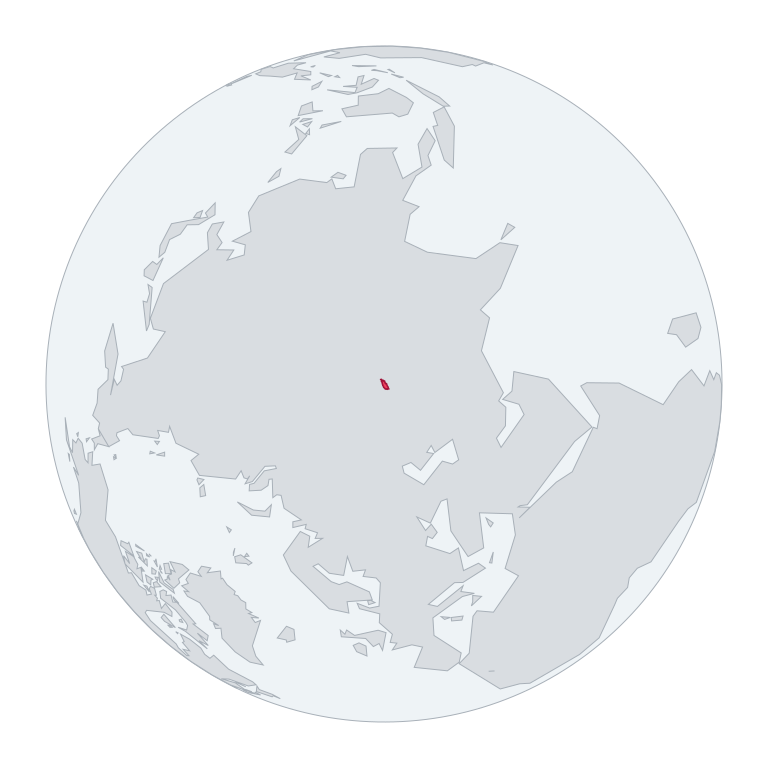 Talas highlighted on a globe, orthographic projection, rotated 233°
{"feature_id": "KGZ-1121", "entity_name": "Talas", "entity_type": "Region", "adm_level": 1, "iso_a3": "KGZ", "parent_name": "Kyrgyzstan", "parent_adm1": "", "projection": "orthographic", "projection_center": [72.41, 42.447], "detail": "fine", "context": "on_globe", "style": "filled", "palette": "rose", "viewbox_px": 768, "rotation_deg": 233, "n_neighbors": 0, "source": "natural_earth", "source_scale": "10m", "svg_char_len": 12586}
<svg xmlns="http://www.w3.org/2000/svg" viewBox="0 0 768 768"><g transform="rotate(233 384 384)"><circle cx="384" cy="384" r="338" fill="#eef3f6" stroke="#a8b0b8"/><path d="M452.4,53.1L450.2,52.8L443.5,51.4L442.3,51.5L450.7,53.6L456.5,55.2L463.6,64.5L488.6,80.6L504.6,86.0L494.8,85.2L530.5,96.8L549.3,109.3L523.1,95.1L516.6,93.9L526.8,101.9L522.3,102.5L524.7,107.1L518.4,107.3L503.6,99.9L499.2,100.2L506.8,106.0L505.2,110.6L494.8,101.8L491.0,109.1L465.5,99.9L442.8,79.5L423.6,77.6L386.9,66.1L385.2,68.7L370.3,67.1L362.7,69.8L358.1,67.7L356.1,71.8L361.8,73.3L362.8,75.8L358.9,77.8L352.3,75.1L353.3,73.8L349.3,74.1L347.7,72.0L346.3,74.2L338.7,71.2L340.3,77.2L329.4,77.4L326.0,74.7L334.0,71.0L346.1,58.2L345.1,55.7L335.6,55.1L301.4,61.6L297.1,61.0L285.7,63.1L284.4,64.7L293.0,63.9L287.9,68.2L298.9,67.5L298.5,69.4L306.7,71.0L297.1,75.2L283.3,78.8L276.0,78.1L269.7,79.9L269.9,84.8L249.7,88.3L225.1,99.9L220.8,100.8L224.5,93.9L241.6,82.6L246.5,76.7L234.8,85.4L224.2,88.8L218.9,91.7L214.6,94.8L215.3,95.7L209.9,98.3L219.4,89.8L224.4,87.3L221.4,89.8L229.3,84.8L235.7,80.5L229.8,83.3L232.6,81.9L255.4,71.5L278.9,62.8L303.1,55.9L327.6,50.8L352.5,47.6L377.6,46.1L402.6,46.6L427.6,48.9L452.4,53.1ZM459.8,56.0L451.3,53.7L445.4,51.9L453.0,53.6L459.8,56.0ZM470.3,61.4L465.1,60.0L466.9,58.9L469.3,60.0L470.3,61.4ZM517.1,90.3L511.1,86.4L518.5,90.0L517.1,90.3ZM526.1,107.7L529.3,108.7L529.2,110.7L526.1,107.7ZM311.5,68.6L309.1,69.8L308.8,68.9L311.5,68.6ZM317.2,68.4L318.5,66.6L321.4,66.3L320.6,67.4L317.2,68.4ZM519.5,113.1L518.3,116.4L516.9,111.7L519.5,113.1ZM315.0,70.8L326.5,65.9L331.6,65.5L332.6,69.6L315.0,70.8ZM516.0,117.4L513.5,126.1L520.2,128.9L499.6,126.5L508.6,119.5L505.8,113.1L511.2,117.1L516.0,117.4ZM365.3,73.0L359.1,71.5L367.9,71.1L365.3,73.0ZM370.7,72.3L396.3,68.9L403.6,72.7L393.6,72.8L405.9,76.8L396.8,80.2L388.0,78.8L385.1,75.5L383.9,79.5L370.7,72.3ZM488.7,124.2L485.8,125.5L486.0,122.8L488.7,124.2ZM363.9,76.8L368.5,75.6L375.1,78.7L367.2,81.8L367.6,79.8L363.9,76.8ZM413.6,76.5L417.1,79.7L410.7,83.2L411.2,85.0L397.2,80.7L413.6,76.5ZM364.1,80.1L363.1,83.4L356.4,83.9L360.0,78.3L364.1,80.1ZM380.1,78.3L382.9,80.0L378.8,80.0L380.1,78.3ZM332.1,88.2L337.4,86.2L341.3,87.5L332.1,88.2ZM363.1,84.7L365.4,84.5L367.6,85.0L365.5,87.3L363.1,84.7ZM393.7,83.7L390.3,84.7L399.1,85.6L394.7,88.7L386.2,85.4L388.0,88.2L386.7,89.2L381.2,85.5L393.7,83.7ZM369.9,91.1L357.5,88.7L346.8,92.0L343.1,90.7L360.9,85.8L369.9,91.1ZM377.0,88.0L371.7,89.6L369.7,87.0L372.1,84.4L377.0,88.0ZM394.8,92.2L403.8,88.2L405.3,89.1L394.8,92.2ZM367.2,92.5L370.2,93.1L366.7,93.0L367.2,92.5ZM386.8,92.7L389.7,91.1L391.4,92.1L386.8,92.7ZM373.8,95.9L369.9,94.9L371.3,93.0L373.8,95.9ZM380.1,94.8L381.7,96.7L374.2,92.9L381.1,93.9L380.1,94.8ZM387.9,94.0L389.9,94.1L386.4,94.5L387.9,94.0ZM370.6,104.1L360.8,99.8L364.1,95.3L373.1,100.0L370.6,104.1ZM153.4,631.0L150.8,628.5L131.1,607.5L101.5,562.2L101.4,551.6L97.1,536.7L81.3,490.2L84.4,475.4L81.6,463.2L74.9,456.1L72.4,441.4L68.9,435.4L51.8,403.0L50.3,377.4L57.2,320.5L62.9,312.0L70.5,293.3L115.4,275.7L117.7,290.0L144.9,315.3L146.9,321.8L135.9,334.1L149.9,376.0L163.8,369.7L184.4,398.1L203.1,408.4L223.7,382.7L193.1,365.0L195.6,347.3L226.4,349.0L254.3,365.2L256.1,358.9L245.0,337.3L258.1,330.2L242.0,329.0L243.6,337.4L233.5,337.2L231.4,329.6L236.1,327.1L229.6,320.0L208.9,334.6L208.3,344.8L187.1,335.2L184.0,351.6L175.9,354.2L178.0,327.6L182.9,320.8L181.3,286.8L174.2,292.8L175.3,325.8L172.0,320.5L162.4,330.2L167.1,318.7L167.8,282.3L153.1,272.6L122.8,283.8L116.6,276.7L116.8,262.0L139.5,237.6L150.7,256.5L158.9,249.3L166.6,230.6L169.3,238.3L173.9,233.4L179.1,240.1L196.2,236.6L203.0,242.3L219.3,229.2L225.0,230.6L213.7,237.7L209.5,246.3L227.5,261.5L233.8,261.0L242.9,251.5L246.7,257.4L253.2,246.4L268.2,250.9L255.4,236.6L265.8,226.4L280.0,223.3L281.1,217.6L257.9,222.9L250.8,227.5L248.3,235.3L226.8,247.2L218.6,244.7L232.4,223.5L222.2,218.1L237.4,205.0L290.6,197.1L308.0,200.7L316.6,228.4L307.1,233.1L299.2,225.2L297.7,242.1L302.1,236.1L305.2,241.4L315.9,233.9L318.7,237.4L324.2,224.8L328.8,228.3L325.2,236.2L344.9,229.4L357.0,234.8L360.1,231.7L360.1,226.8L375.4,237.6L377.1,234.8L372.7,230.2L373.1,222.0L379.8,212.0L384.7,216.2L382.9,220.4L386.7,236.1L381.3,247.2L384.0,248.0L389.9,239.4L385.3,220.2L387.9,213.0L391.5,221.5L390.4,217.8L393.3,215.7L400.7,217.7L397.4,208.3L422.1,181.6L439.0,183.8L439.4,193.8L461.9,182.2L479.2,187.3L475.1,182.8L483.1,175.3L477.8,173.5L476.4,170.9L494.6,152.9L502.6,152.6L505.8,141.4L503.7,139.2L497.9,138.7L499.6,126.5L520.2,128.9L524.0,133.4L534.3,132.5L541.4,143.4L551.9,152.5L553.6,166.1L561.8,172.8L565.0,171.8L578.5,180.8L595.6,204.2L568.0,189.6L539.7,158.9L550.0,171.4L543.6,170.1L544.8,175.8L552.5,184.9L555.9,184.9L547.1,210.7L557.4,240.8L566.7,232.9L577.1,237.0L596.9,268.3L597.1,324.8L611.1,334.0L615.1,343.2L609.8,353.6L603.9,340.4L594.4,339.8L591.8,331.3L581.4,344.7L577.3,333.1L571.2,350.0L578.6,357.0L589.3,348.9L585.8,369.5L602.6,379.0L609.6,397.2L598.4,440.0L579.3,459.5L579.2,465.8L569.0,462.9L559.4,478.8L581.5,503.4L582.2,512.4L564.7,536.4L563.7,530.2L536.7,522.6L534.4,544.9L555.0,555.5L562.1,572.1L547.5,571.3L540.0,556.6L530.4,553.4L531.0,534.8L519.4,509.5L504.5,518.7L503.8,507.0L485.5,486.3L463.1,498.0L428.8,532.9L427.1,561.6L413.9,574.4L390.4,534.5L385.2,505.6L373.3,508.1L351.9,481.8L305.2,474.1L301.5,465.4L292.1,467.3L277.5,455.8L273.1,441.2L262.9,439.3L275.3,477.5L286.6,479.6L300.3,469.5L301.3,481.9L315.8,495.2L288.9,518.3L224.5,524.2L223.4,501.6L201.3,425.8L204.9,419.6L205.0,418.7L205.1,417.1L197.7,426.4L195.7,411.4L201.9,462.6L200.6,481.6L223.5,525.1L220.1,527.3L229.0,537.2L264.0,539.9L263.0,546.7L243.3,572.3L199.5,594.5L208.4,620.7L210.4,638.3L189.9,638.4L198.6,652.2L189.0,650.0L193.0,656.2L189.1,657.2L180.2,653.2L164.5,640.9L153.4,631.0ZM91.6,294.7L88.3,299.6L91.6,294.7ZM278.5,398.0L298.6,405.5L298.7,383.4L306.5,384.7L303.7,377.0L298.6,381.8L293.1,361.2L305.1,358.3L307.4,349.2L300.7,346.4L279.6,355.2L287.3,384.2L278.8,390.6L278.5,398.0ZM223.7,89.2L222.8,90.0L217.7,93.3L218.7,92.1L223.7,89.2ZM203.4,108.0L195.1,111.8L201.7,107.9L201.5,106.4L215.2,97.0L219.3,100.8L215.0,100.5L203.4,108.0ZM234.6,86.5L225.4,91.4L235.3,86.0L234.6,86.5ZM193.8,202.1L192.3,208.2L185.5,211.9L177.0,206.7L186.7,201.1L193.8,202.1ZM191.8,216.2L207.8,197.8L213.8,201.0L207.7,202.2L210.0,206.1L200.9,209.2L190.9,231.1L184.2,236.0L172.1,222.5L179.7,223.9L180.7,217.5L191.8,216.2ZM238.4,151.9L245.4,145.9L249.2,160.3L242.2,164.4L233.2,159.0L236.3,150.9L238.4,151.9ZM314.6,79.8L317.1,77.9L318.9,78.4L318.3,80.5L314.6,79.8ZM334.3,87.2L305.8,89.4L307.2,87.1L288.9,92.2L285.4,88.3L297.3,85.0L280.9,86.3L290.3,81.8L278.8,83.5L305.8,76.6L313.6,73.2L306.3,78.3L309.3,81.8L312.9,82.3L329.1,81.5L347.3,76.7L353.2,80.1L352.5,83.8L349.1,85.5L346.3,82.6L343.6,86.9L337.0,84.1L334.3,87.2ZM341.3,135.0L339.6,129.3L333.1,140.8L326.4,136.6L326.1,138.2L318.1,137.8L307.9,140.3L306.0,137.6L302.9,139.8L297.6,139.8L292.6,142.0L287.5,138.3L281.0,140.9L282.2,137.7L272.4,143.2L277.4,137.6L271.0,137.6L269.5,143.1L254.1,121.3L243.7,117.8L232.3,118.4L242.5,109.6L259.6,103.9L278.5,101.7L287.1,106.8L290.1,102.3L295.1,103.6L290.6,106.6L300.5,102.9L303.4,104.9L320.2,105.2L332.7,99.3L339.1,99.7L335.7,103.0L344.6,101.0L342.5,107.7L347.1,108.2L349.6,115.6L340.3,122.3L346.1,122.4L348.3,128.6L341.3,135.0ZM370.9,106.2L361.3,114.3L352.9,116.3L352.1,102.6L348.2,101.2L347.3,93.3L359.4,90.9L358.6,93.3L360.6,95.1L356.0,95.1L361.1,96.5L360.1,100.0L363.8,102.1L359.7,104.1L370.9,106.2ZM154.2,320.2L156.7,323.8L161.7,327.6L155.7,334.1L154.2,320.2ZM154.1,295.4L157.1,297.1L151.1,307.5L148.6,304.1L154.1,295.4ZM163.8,289.6L157.7,296.4L159.5,290.7L163.8,289.6ZM217.0,239.0L220.8,240.5L219.2,243.2L214.8,245.3L217.0,239.0ZM320.6,170.9L321.0,166.6L323.3,166.2L330.4,158.0L335.9,160.8L333.8,166.8L320.6,170.9ZM215.6,384.9L207.3,387.6L205.7,383.2L208.9,383.1L215.6,384.9ZM177.8,360.7L184.1,370.2L176.1,362.4L177.8,360.7ZM327.8,172.5L330.1,168.7L331.4,172.5L327.8,172.5ZM340.3,162.5L342.7,166.2L337.4,160.2L340.3,162.5ZM262.2,653.6L253.0,676.1L238.5,671.2L231.4,662.2L231.9,647.1L247.3,647.3L253.7,641.0L262.2,653.6ZM625.9,580.0L632.7,576.4L632.3,577.6L625.9,580.0ZM619.0,581.1L627.2,576.3L617.2,584.3L619.0,581.1ZM630.3,574.4L638.5,566.9L642.1,562.7L641.2,565.4L630.3,574.4ZM613.3,584.5L580.2,600.8L566.5,603.7L570.2,598.5L592.3,589.8L613.3,584.5ZM569.1,598.8L547.6,595.4L514.8,569.3L526.6,566.9L560.2,578.2L558.2,582.5L571.2,586.8L569.1,598.8ZM619.3,554.1L617.1,565.8L599.3,574.4L590.9,576.7L585.2,565.4L588.4,556.7L595.4,553.7L620.0,514.8L629.1,516.0L622.2,531.2L629.4,536.8L619.3,554.1ZM428.8,564.1L437.8,579.5L430.4,582.7L428.8,564.1ZM628.1,490.4L619.4,507.9L626.7,487.0L628.1,490.4ZM631.2,472.3L632.7,478.0L627.9,474.6L631.2,472.3ZM580.8,474.6L573.5,479.3L572.4,474.9L581.0,466.3L580.8,474.6ZM614.9,412.5L618.3,426.0L618.1,431.3L613.1,425.1L614.9,412.5ZM378.1,195.9L362.0,203.8L354.1,212.4L355.4,221.4L346.7,212.6L358.9,199.3L378.1,195.9ZM416.1,182.7L414.9,175.6L420.0,176.9L421.0,178.7L416.1,182.7ZM412.2,179.6L402.2,174.4L404.5,169.4L411.9,174.4L412.2,179.6ZM364.5,172.4L359.4,174.3L358.4,171.1L364.5,172.4ZM610.1,635.1L581.7,657.8L573.2,663.0L580.4,657.1L582.8,648.5L586.0,646.8L590.2,637.6L622.1,610.4L646.5,577.5L658.4,567.7L671.0,544.2L681.4,532.8L675.1,548.2L682.1,541.9L696.3,506.4L692.7,521.5L680.1,546.9L665.4,571.1L648.8,593.9L630.3,615.3L610.1,635.1ZM642.6,569.4L652.8,554.6L657.6,550.1L642.6,569.4ZM707.5,473.5L709.2,475.3L706.1,484.1L703.1,485.7L697.8,500.6L687.5,515.1L690.8,506.8L690.2,501.5L677.6,513.6L675.0,511.6L680.1,503.1L670.9,508.5L681.2,495.9L684.7,501.8L690.2,487.6L698.3,478.5L705.0,470.4L708.9,468.2L707.5,473.5ZM679.8,518.2L681.5,516.3L679.7,520.9L679.8,518.2ZM717.4,437.5L717.6,437.6L717.4,439.4L717.0,440.9L717.4,437.5ZM710.1,464.2L715.0,445.0L715.8,442.5L712.3,459.2L710.1,464.2ZM714.5,442.3L716.1,438.3L716.5,440.2L716.1,442.6L714.5,442.3ZM659.0,529.6L658.4,532.7L655.5,533.0L659.0,529.6ZM662.9,524.6L671.2,519.9L662.0,527.7L662.9,524.6ZM634.2,536.2L637.1,541.1L646.3,530.4L639.3,541.5L644.9,548.1L642.4,553.7L637.1,546.2L634.0,559.9L629.9,562.4L628.2,553.4L632.8,537.7L636.9,529.5L653.2,515.6L634.2,536.2ZM663.1,516.5L660.7,510.4L662.4,503.5L665.0,505.7L663.1,516.5ZM652.5,496.4L644.9,491.6L639.0,499.7L650.0,477.0L655.7,485.4L652.5,496.4ZM644.5,479.0L639.0,486.5L644.0,474.2L644.5,479.0ZM637.1,484.2L635.3,477.6L640.2,475.4L637.1,484.2ZM647.5,477.1L646.8,464.4L650.2,469.8L647.5,477.1ZM630.6,463.1L642.8,468.0L628.7,471.8L623.3,448.7L628.9,444.5L630.6,463.1ZM631.7,343.5L627.7,337.3L631.4,332.0L633.2,337.7L631.7,343.5ZM639.9,310.8L631.1,328.6L623.4,343.7L628.0,344.3L630.3,358.2L620.9,350.9L622.9,331.8L629.6,322.6L626.2,311.5L628.4,299.7L621.1,288.2L620.7,280.6L629.3,288.5L639.9,310.8ZM617.6,283.7L605.7,261.8L614.8,257.5L619.5,261.3L621.1,273.0L616.2,274.5L617.6,283.7ZM605.5,255.4L600.6,256.9L572.9,232.3L569.3,226.2L595.2,241.5L592.0,243.9L597.2,251.1L605.5,255.4ZM489.1,127.3L486.1,125.7L489.8,125.8L489.1,127.3ZM473.3,170.1L472.1,166.5L476.4,166.5L473.3,170.1ZM471.0,156.9L467.0,159.3L469.2,154.9L471.0,156.9ZM458.4,165.4L464.4,159.5L461.6,167.8L458.4,165.4Z" fill="#d9dde1" stroke="#a8b0b8" stroke-width="1"/><path d="M388.6,384.3L388.8,384.2L389.0,384.0L389.0,383.9L389.1,383.7L389.1,383.8L389.3,383.9L389.5,383.9L389.6,384.0L389.4,384.3L389.3,384.5L389.2,384.7L389.2,384.8L388.9,384.9L388.7,384.9L388.4,384.8L388.2,384.9L387.9,384.9L387.7,384.9L387.5,385.0L387.3,385.0L387.2,385.2L386.9,385.2L386.9,385.3L386.9,385.5L387.1,385.6L387.1,385.8L386.9,385.8L386.3,385.9L386.2,385.9L386.2,386.0L386.0,386.3L385.9,386.3L385.7,386.2L385.4,386.0L385.3,385.9L385.1,385.8L385.0,385.7L384.9,385.7L384.7,385.8L384.5,385.7L384.3,385.7L384.2,385.7L383.9,385.4L383.7,385.4L383.4,385.5L383.2,385.5L383.1,385.9L383.0,386.0L382.9,386.2L382.5,386.2L382.4,386.1L382.2,386.0L381.7,385.8L381.4,385.8L380.7,385.5L380.6,385.4L380.0,385.4L380.0,385.5L379.9,385.5L379.7,385.5L379.0,385.4L378.9,385.4L378.2,384.9L377.9,384.9L377.7,385.0L377.4,385.0L377.2,384.9L377.3,384.7L377.6,384.4L377.6,384.2L377.6,383.9L377.8,383.8L378.0,383.9L378.2,383.7L377.9,383.5L377.9,383.3L378.1,383.2L378.4,383.1L378.5,383.0L378.5,382.7L378.8,382.4L379.0,382.2L379.3,382.3L379.4,382.2L379.5,382.2L379.7,381.9L379.8,381.9L380.0,382.0L380.3,382.1L380.9,381.8L381.0,381.8L381.3,381.8L381.5,381.7L381.7,381.8L381.8,381.8L382.0,381.9L382.5,382.2L382.9,382.1L383.5,382.1L383.8,382.3L384.3,382.6L384.8,382.6L385.4,382.8L385.5,382.9L385.6,383.0L385.8,383.3L386.0,383.4L386.2,383.5L386.3,383.5L386.9,383.4L387.1,383.4L387.3,383.5L387.5,383.6L387.8,383.6L387.9,383.9L387.9,384.0L388.0,384.1L388.4,384.2L388.6,384.3Z" fill="#f43f5e" stroke="#9f1239" stroke-width="1.5"/></g></svg>